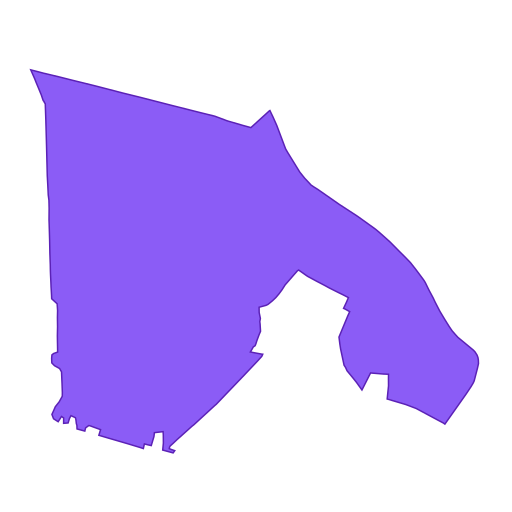 Dong Da, Ha Noi, Vietnam (Robinson projection), rotated 178°
{"feature_id": "81297802B63935781650096", "entity_name": "Dong Da", "entity_type": "district", "adm_level": 2, "iso_a3": "VNM", "parent_name": "Vietnam", "parent_adm1": "Ha Noi", "projection": "robinson", "projection_center": [105.824, 21.015], "detail": "fine", "context": "isolated", "style": "filled", "palette": "violet", "viewbox_px": 512, "rotation_deg": 178, "n_neighbors": 0, "source": "geoboundaries", "source_scale": "gbopen_adm2", "svg_char_len": 3295}
<svg xmlns="http://www.w3.org/2000/svg" viewBox="0 0 512 512"><g transform="rotate(178 256 256)"><path d="M73.1,81.4L64.2,93.1L51.0,110.5L45.6,118.0L43.3,121.6L42.3,123.6L38.6,136.1L37.4,140.7L37.4,144.2L37.7,146.7L38.5,149.2L40.5,152.6L42.1,154.4L57.1,167.7L59.7,170.8L62.7,174.5L65.4,178.8L69.5,185.9L74.2,194.4L78.5,203.5L79.8,206.5L80.2,207.5L82.6,212.4L84.0,215.2L85.5,218.5L87.4,222.8L88.0,224.0L88.6,225.1L89.6,226.7L92.1,230.3L96.7,236.9L101.8,243.9L107.2,249.9L113.3,256.4L121.4,265.2L131.4,274.8L135.6,278.6L142.3,283.8L153.2,292.2L171.0,304.7L191.9,320.4L196.2,323.3L197.1,324.0L198.4,324.9L204.6,332.0L209.3,338.3L212.6,344.1L220.9,358.7L222.7,362.1L230.7,385.8L234.1,394.2L236.5,399.7L237.0,400.9L237.6,400.6L256.6,384.5L264.3,386.9L279.5,391.9L281.6,392.7L282.2,393.0L292.4,397.2L306.5,401.2L314.1,403.4L334.8,409.4L366.4,418.7L384.4,423.8L408.9,431.1L409.6,431.3L412.0,432.0L434.2,438.3L445.9,441.7L460.7,445.8L461.2,445.9L461.9,446.1L468.8,448.2L472.6,449.3L474.6,449.9L470.9,440.6L469.9,437.7L467.6,431.6L465.3,425.4L464.9,424.3L463.4,419.2L463.2,418.7L462.9,418.3L462.4,417.9L462.4,417.6L462.3,417.3L462.2,416.9L462.0,416.6L461.3,415.5L461.3,398.7L461.5,373.1L461.6,362.7L461.8,343.6L461.6,333.3L461.5,324.2L461.0,318.9L461.1,310.6L461.6,299.4L461.6,294.8L461.7,279.2L461.9,265.6L461.9,263.7L461.9,256.7L461.9,254.3L462.0,248.7L462.0,244.8L461.9,236.7L461.9,232.4L461.8,228.6L461.7,223.7L461.7,220.4L456.4,215.2L456.2,208.4L456.6,201.5L456.8,192.2L457.3,183.2L457.4,178.0L457.5,172.0L457.6,166.9L461.7,165.6L463.4,164.3L463.8,161.0L463.8,156.3L463.3,155.7L461.2,153.4L456.2,150.4L454.4,147.0L454.3,135.2L454.3,126.4L454.5,122.6L457.8,117.1L461.8,112.4L463.8,108.2L465.5,104.8L464.0,100.4L459.5,97.3L456.0,102.4L453.9,100.9L454.1,95.5L449.6,95.7L448.1,100.1L446.5,102.9L442.1,100.7L441.7,98.7L441.4,94.8L440.9,93.0L440.9,89.4L433.2,87.0L432.3,90.2L430.8,91.2L429.0,92.4L427.8,92.1L427.3,91.9L424.6,90.8L417.4,87.9L419.3,82.3L410.0,79.2L390.6,72.8L378.0,68.5L376.2,67.8L375.3,67.5L374.1,72.1L370.8,71.1L367.3,70.2L364.3,79.1L363.7,83.0L355.0,83.7L354.9,80.4L355.1,72.3L356.0,65.3L345.7,62.1L344.0,64.3L347.6,65.7L349.4,66.5L349.1,68.0L348.5,69.0L348.3,69.2L347.0,70.3L345.1,71.9L343.2,73.6L341.8,74.8L341.3,75.3L340.8,75.7L339.8,76.5L339.6,76.7L338.5,77.6L337.7,78.2L336.8,79.0L336.2,79.5L333.1,82.1L325.8,88.2L324.0,89.5L302.3,108.1L301.0,109.1L271.1,138.2L258.3,150.8L253.8,155.4L253.0,156.9L252.7,157.6L253.5,157.7L260.8,159.3L264.1,160.1L264.6,160.2L265.0,160.3L263.4,162.7L261.9,165.2L260.0,166.4L259.2,168.2L258.1,171.3L257.0,174.0L255.5,177.6L254.1,180.6L254.3,188.1L254.5,190.3L253.8,193.4L254.8,199.4L254.7,204.7L247.8,206.3L245.9,207.1L244.1,208.4L241.1,210.7L237.7,213.7L234.4,217.3L231.2,221.3L227.9,226.1L215.2,239.7L213.9,240.5L205.9,234.4L205.3,234.0L204.7,233.6L196.0,228.5L193.5,227.1L187.9,223.9L184.9,222.1L183.7,221.4L175.3,216.8L170.6,214.3L165.1,211.2L167.1,206.9L170.0,201.2L170.3,200.6L168.5,199.7L166.4,198.4L164.3,197.1L166.4,192.9L175.9,172.1L175.3,165.3L174.7,160.2L173.4,152.9L171.8,143.8L170.4,141.5L169.0,138.1L163.7,131.2L160.2,126.5L154.8,118.4L145.6,135.1L132.9,133.6L127.7,133.2L127.9,128.8L128.1,121.6L129.9,108.5L111.7,102.4L109.5,101.5L101.2,98.0L81.1,86.3L74.5,82.5L73.1,81.4Z" fill="#8b5cf6" stroke="#5b21b6" stroke-width="1.5"/></g></svg>